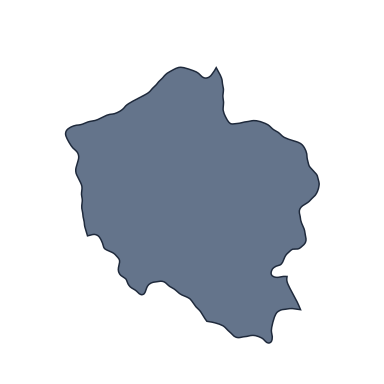 outline of Guayabal, Azua, Dominican Republic, rotated 17°
{"feature_id": "3306468B24687357743066", "entity_name": "Guayabal", "entity_type": "district", "adm_level": 2, "iso_a3": "DOM", "parent_name": "Dominican Republic", "parent_adm1": "Azua", "projection": "mercator", "projection_center": [-70.748, 18.718], "detail": "fine", "context": "isolated", "style": "filled", "palette": "slate", "viewbox_px": 384, "rotation_deg": 17, "n_neighbors": 0, "source": "geoboundaries", "source_scale": "gbopen_adm2", "svg_char_len": 4105}
<svg xmlns="http://www.w3.org/2000/svg" viewBox="0 0 384 384"><g transform="rotate(17 192 192)"><path d="M330.2,272.8L327.2,269.2L324.7,266.4L313.7,255.4L310.5,251.9L309.4,250.4L308.5,248.8L308.0,247.3L307.6,245.0L305.7,245.5L303.9,246.1L299.2,248.5L297.4,249.0L295.6,249.2L293.9,248.9L293.0,248.6L292.3,248.0L291.7,247.2L291.3,246.4L291.1,244.6L291.3,242.8L291.5,241.9L292.4,240.3L294.1,238.4L297.4,236.1L298.0,235.5L298.4,234.8L298.7,234.1L299.2,232.4L299.8,226.7L300.3,224.8L301.0,223.2L303.6,218.8L304.7,217.5L305.4,217.1L309.9,215.5L311.2,214.5L312.2,213.2L314.4,209.6L315.0,208.0L315.2,207.1L315.2,205.2L314.7,203.4L312.7,199.5L311.0,196.1L309.9,194.4L305.9,189.7L304.2,187.2L302.6,183.8L300.9,180.8L300.3,179.1L300.1,178.2L300.2,176.3L300.8,174.5L301.8,172.8L305.7,168.3L306.8,166.7L308.5,163.3L310.7,159.3L311.0,158.5L311.5,156.6L311.8,154.6L311.9,151.6L311.7,149.6L311.4,147.7L311.1,146.7L310.3,145.1L307.1,139.9L305.9,138.7L297.8,133.9L296.5,132.9L295.5,131.6L292.8,127.1L292.0,125.5L290.6,122.0L288.9,119.4L286.9,117.2L285.3,115.8L283.6,114.7L281.7,113.9L278.6,113.4L269.0,113.3L264.9,112.9L263.8,112.7L262.0,112.1L258.8,110.5L257.1,109.8L252.4,108.7L250.6,108.1L246.6,106.1L244.9,105.5L241.9,105.0L236.9,104.7L232.9,105.0L230.0,105.7L228.4,106.4L225.2,108.1L221.8,109.7L217.2,112.4L210.9,115.1L209.3,115.4L208.4,115.2L206.8,114.5L204.6,112.8L201.8,110.0L199.8,107.7L198.2,105.2L197.7,104.3L197.2,102.5L196.4,98.7L195.9,96.8L194.1,92.8L193.4,91.0L192.5,86.3L192.0,84.4L189.5,79.6L188.0,76.1L186.9,74.4L184.9,72.0L178.8,66.0L178.0,69.5L176.6,73.7L175.9,75.5L175.4,76.2L174.3,77.6L172.8,78.6L172.0,79.0L171.1,79.2L170.2,79.3L168.3,79.0L166.8,78.3L163.7,76.7L162.8,76.4L160.9,75.9L157.9,75.6L152.8,75.4L147.8,75.5L144.8,76.0L143.0,76.7L140.6,78.4L138.4,80.5L135.6,83.4L133.6,85.6L132.5,87.3L131.6,89.0L130.5,91.6L127.9,96.3L126.5,99.8L123.9,104.5L122.4,108.0L121.4,109.6L120.2,111.1L118.2,113.2L108.9,122.4L105.6,126.0L104.4,127.5L103.4,129.1L102.3,131.7L101.4,133.3L100.3,134.8L99.1,136.2L97.1,138.1L94.9,139.8L93.2,140.7L90.7,141.8L88.2,143.4L86.0,145.4L80.8,150.2L78.5,151.9L73.5,154.5L71.9,155.5L67.6,159.0L66.1,160.0L64.4,160.9L61.8,162.0L59.5,163.4L57.3,165.2L56.1,166.5L54.9,168.0L54.1,169.6L53.9,170.6L53.8,171.5L53.9,172.5L54.1,173.5L55.0,175.2L56.9,177.5L59.7,180.3L62.8,183.0L65.2,184.7L68.6,186.3L70.2,187.2L71.5,188.3L72.6,189.8L73.4,191.5L73.8,193.4L73.9,195.4L74.0,202.4L74.2,204.3L74.8,206.2L75.7,208.0L76.9,209.5L82.5,215.4L83.8,216.9L84.9,218.5L85.3,219.4L85.9,221.2L86.6,225.0L87.1,226.8L89.1,230.9L89.7,232.6L90.6,237.4L91.2,239.2L91.5,240.0L93.6,244.0L95.1,247.5L97.7,252.2L98.8,254.9L99.6,256.5L104.9,264.5L109.3,261.8L110.9,261.1L112.8,260.9L114.7,261.2L116.5,262.1L118.7,264.0L121.3,267.0L123.7,270.6L124.3,271.2L125.0,271.7L125.8,272.0L127.5,272.4L133.2,273.1L135.0,273.5L136.7,274.2L140.4,276.4L141.7,277.4L142.3,278.0L142.8,278.8L143.3,280.4L143.8,285.9L144.2,287.8L145.0,289.5L145.5,290.2L146.7,291.5L148.2,292.5L149.0,292.8L153.2,294.1L154.6,294.8L155.1,295.4L157.7,298.6L159.0,299.7L160.5,300.7L162.3,301.4L166.0,302.3L167.7,302.9L171.3,304.7L172.9,305.0L173.7,305.0L174.5,304.7L175.2,304.2L175.8,303.6L176.1,302.9L176.5,301.3L176.7,296.8L177.0,295.0L177.7,293.2L178.2,292.5L179.4,291.1L180.8,290.0L181.6,289.5L188.0,286.5L189.8,286.1L191.7,286.1L193.4,286.6L196.5,288.1L198.2,288.8L202.9,289.9L204.7,290.5L209.6,292.7L212.4,293.4L217.3,293.9L219.2,294.2L221.1,294.7L222.0,295.2L223.7,296.3L229.3,300.6L233.5,302.8L235.2,303.9L241.4,309.3L244.0,311.3L249.2,310.6L252.5,310.4L256.9,310.4L260.2,310.8L261.2,311.0L263.0,311.7L267.0,313.9L270.4,315.5L274.2,317.5L275.9,317.9L276.9,318.0L278.7,317.8L280.3,317.2L283.4,315.5L286.8,314.0L289.9,312.2L291.6,311.5L292.6,311.2L294.7,310.8L298.0,310.8L301.2,311.2L303.1,311.8L306.0,313.4L307.4,314.0L309.0,314.1L309.8,313.9L310.5,313.4L311.1,312.8L311.5,312.0L311.7,311.2L311.7,309.5L311.1,306.9L309.1,303.0L308.4,301.3L307.8,298.2L307.4,292.8L307.4,287.5L307.8,284.4L308.4,282.4L309.4,280.9L311.3,279.0L312.9,278.0L315.4,276.9L319.4,275.0L322.1,274.1L330.2,272.8Z" fill="#64748b" stroke="#1e293b" stroke-width="1.5"/></g></svg>